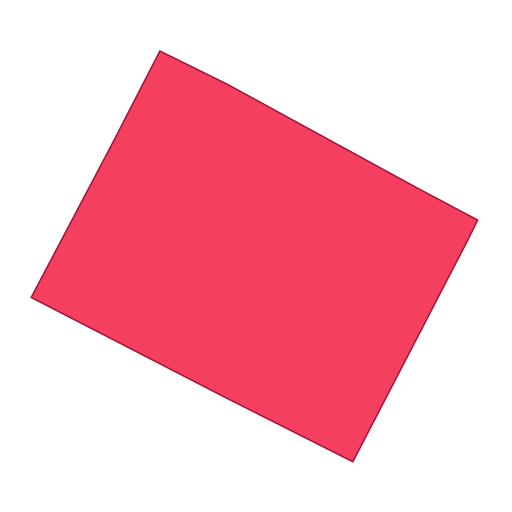 Wayne, Illinois, United States of America, rotated 27°
{"feature_id": "52423323B46335628261152", "entity_name": "Wayne", "entity_type": "district", "adm_level": 2, "iso_a3": "USA", "parent_name": "United States of America", "parent_adm1": "Illinois", "projection": "robinson", "projection_center": [-88.446, 38.431], "detail": "fine", "context": "isolated", "style": "filled", "palette": "rose", "viewbox_px": 512, "rotation_deg": 27, "n_neighbors": 0, "source": "geoboundaries", "source_scale": "gbopen_adm2", "svg_char_len": 286}
<svg xmlns="http://www.w3.org/2000/svg" viewBox="0 0 512 512"><g transform="rotate(27 256 256)"><path d="M74.5,395.0L292.0,396.0L435.7,395.4L437.5,146.4L437.2,123.4L368.0,122.2L151.9,116.0L77.3,117.0L76.9,221.3L74.5,395.0Z" fill="#f43f5e" stroke="#9f1239" stroke-width="1.5"/></g></svg>